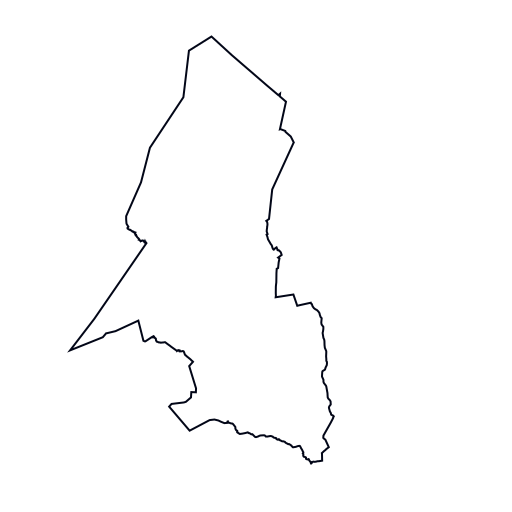 outline of Bergeijk, Noord-Brabant, Netherlands, rotated 112°
{"feature_id": "6326949B35085344325863", "entity_name": "Bergeijk", "entity_type": "district", "adm_level": 2, "iso_a3": "NLD", "parent_name": "Netherlands", "parent_adm1": "Noord-Brabant", "projection": "equal_earth", "projection_center": [5.381, 51.323], "detail": "fine", "context": "isolated", "style": "outline", "palette": "ink", "viewbox_px": 512, "rotation_deg": 112, "n_neighbors": 0, "source": "geoboundaries", "source_scale": "gbopen_adm2", "svg_char_len": 5943}
<svg xmlns="http://www.w3.org/2000/svg" viewBox="0 0 512 512"><g transform="rotate(112 256 256)"><path d="M136.6,263.5L135.9,264.3L132.2,268.5L129.9,275.1L129.1,275.7L129.1,275.8L129.2,280.7L129.3,281.1L129.5,281.3L101.7,286.0L99.1,293.7L96.5,294.5L98.5,295.5L93.7,310.0L78.9,353.5L69.2,379.5L90.7,395.1L136.0,382.8L195.3,394.9L230.8,390.2L267.7,391.3L270.7,390.1L274.3,388.3L274.7,388.0L276.7,385.3L278.2,385.7L278.7,385.3L278.8,384.9L278.8,384.4L279.0,383.8L279.0,383.4L279.0,382.9L278.9,382.6L279.0,382.5L278.9,382.2L279.0,381.7L279.1,381.4L279.2,381.2L279.4,380.2L279.5,380.0L279.4,379.9L279.6,379.3L279.7,378.8L279.4,378.6L279.6,378.3L279.5,378.2L279.4,376.6L279.6,376.6L279.7,376.8L280.0,376.8L280.2,377.0L280.3,376.9L280.2,376.7L280.6,376.6L281.5,375.7L281.2,375.6L281.2,375.4L281.4,375.4L281.6,375.0L282.2,374.2L283.0,373.3L283.4,372.4L283.6,371.7L284.2,370.6L284.5,370.5L284.8,370.6L284.8,370.2L285.1,369.6L285.0,369.3L285.0,369.0L285.5,368.5L285.2,368.3L285.1,368.1L284.9,367.7L284.3,367.4L284.1,367.0L284.2,366.9L284.0,366.5L284.0,366.4L284.5,365.3L284.3,365.2L284.2,365.1L284.5,364.9L284.4,364.8L284.4,364.6L284.1,364.5L283.9,364.5L284.1,364.3L284.3,364.2L284.5,364.2L284.4,364.0L284.9,363.9L284.7,363.6L285.0,363.2L284.8,363.1L284.8,362.8L284.9,362.7L285.1,362.4L374.9,382.4L413.1,393.0L388.7,367.6L383.8,366.0L383.5,365.4L378.3,358.1L360.0,340.9L376.8,328.6L376.8,326.9L376.6,326.7L376.3,326.4L371.1,322.8L370.7,322.6L368.7,321.0L368.9,320.4L369.0,320.4L369.7,320.5L369.5,320.1L369.9,319.5L369.9,319.4L369.7,319.2L370.1,318.0L370.3,317.8L371.0,317.5L371.8,317.0L371.9,316.7L372.5,316.1L372.6,315.8L372.5,315.6L372.5,313.7L372.5,313.4L372.2,313.0L372.1,312.8L372.1,311.9L371.5,310.8L370.8,309.4L370.0,308.1L370.0,307.8L370.7,305.3L371.5,302.0L371.6,301.7L371.9,300.7L373.5,294.1L373.5,293.9L373.7,293.7L372.4,292.9L372.1,291.4L372.4,291.2L373.0,291.5L373.1,291.4L373.1,291.2L373.0,290.8L372.7,290.3L372.5,289.8L372.4,289.6L372.3,289.3L371.6,288.4L371.5,287.9L371.5,287.5L371.9,286.9L373.9,285.1L374.5,284.2L374.6,283.9L374.5,283.5L375.1,282.3L375.6,280.4L375.8,279.9L376.2,278.5L376.7,277.2L377.0,276.7L377.3,275.5L377.5,275.3L377.7,274.8L383.1,276.7L401.2,262.0L404.9,260.7L406.4,265.0L411.5,263.3L417.5,266.4L418.8,268.0L424.8,278.9L428.2,280.1L442.8,252.1L425.5,237.5L423.2,233.3L422.6,229.2L422.8,226.5L422.8,222.7L421.3,219.8L420.8,220.2L420.4,220.4L420.1,220.4L419.9,220.1L420.4,219.8L420.7,219.5L420.6,216.6L420.4,215.7L420.3,215.4L420.2,215.0L420.5,214.2L422.2,211.2L422.5,211.0L423.7,210.5L424.7,209.5L425.0,208.8L425.0,208.2L425.1,207.9L425.4,207.7L426.2,207.6L426.5,207.4L426.7,206.8L426.6,206.5L427.0,205.0L427.1,204.5L427.0,204.2L425.8,202.1L424.1,199.5L422.6,197.6L422.6,197.3L422.9,196.8L422.9,196.2L422.7,195.7L422.9,194.5L423.1,193.6L423.0,193.3L422.6,192.6L424.0,189.3L424.1,188.9L424.0,188.4L423.7,187.8L422.3,186.2L421.4,185.5L420.6,184.4L419.3,181.6L419.1,180.9L419.1,180.6L419.7,179.2L419.4,178.6L419.2,177.9L417.9,175.9L417.5,175.2L417.3,174.5L417.3,174.2L417.2,172.8L417.6,172.1L417.7,171.3L417.6,170.8L417.5,170.0L417.3,169.5L417.3,169.3L417.5,168.8L418.1,168.4L418.2,167.2L418.1,166.8L417.5,166.5L417.3,166.2L417.4,165.7L417.8,165.3L417.9,165.0L417.8,164.2L418.0,163.0L418.0,162.3L417.6,161.2L417.5,159.6L417.9,159.0L418.2,157.7L418.2,156.8L418.4,155.6L418.0,155.0L418.2,153.3L418.4,152.9L418.5,152.2L418.9,151.7L419.1,151.1L419.5,150.3L419.5,150.0L418.1,147.7L417.6,147.1L417.0,146.5L416.4,145.7L415.8,144.7L415.7,144.3L415.9,143.8L417.5,142.0L418.1,141.1L419.1,139.9L419.8,139.3L420.2,138.6L420.8,138.4L421.6,138.6L422.1,137.8L423.0,137.5L423.5,137.4L424.0,136.8L424.2,136.3L424.0,135.4L424.0,134.5L424.2,134.1L424.5,134.0L425.1,133.8L425.3,133.7L425.4,133.2L425.4,132.2L425.2,131.8L424.7,131.3L424.6,131.2L424.7,130.8L425.1,130.6L425.4,130.3L426.4,128.7L426.5,128.5L426.3,128.1L426.3,127.6L427.3,127.6L427.7,127.4L427.8,127.2L427.4,126.9L426.4,126.7L425.9,126.5L425.2,125.9L425.0,124.9L424.9,124.6L424.2,123.3L423.7,122.7L423.3,122.1L423.0,121.6L422.7,120.7L422.0,119.8L422.0,119.6L421.0,118.0L414.7,120.7L414.1,121.1L411.1,119.7L410.0,119.0L408.9,118.6L406.0,116.9L400.3,122.9L399.8,124.8L399.4,125.5L397.2,126.2L382.7,124.3L378.7,123.9L377.1,123.8L376.9,123.9L376.7,124.0L375.6,123.8L375.3,124.2L375.1,124.6L375.0,126.6L374.9,126.9L373.6,127.8L373.2,128.2L372.6,129.1L372.3,129.4L372.1,129.5L369.9,131.2L369.2,131.6L368.8,131.7L367.8,131.7L366.8,131.4L366.1,131.2L365.7,131.1L365.0,131.4L362.9,132.4L362.5,132.9L362.1,133.4L361.1,135.6L360.3,136.5L359.7,136.8L356.3,138.4L350.6,142.0L350.2,142.4L350.0,142.6L348.5,145.2L348.2,145.6L347.4,146.3L345.5,147.1L343.1,149.6L342.7,149.8L338.8,151.1L338.1,151.2L337.7,151.1L335.7,149.6L335.3,149.5L333.3,149.7L330.7,149.5L328.9,150.0L327.6,150.6L327.0,151.4L326.5,151.7L325.4,152.1L322.8,153.4L318.6,154.9L317.8,155.3L315.3,157.8L312.9,159.1L309.2,160.7L307.9,161.5L306.7,162.8L302.6,165.3L302.0,165.5L301.0,165.6L298.5,166.2L296.5,167.0L296.3,167.2L295.7,168.3L295.0,169.4L294.7,169.7L293.7,170.3L293.1,170.6L289.1,171.8L288.9,172.1L288.4,173.2L288.1,173.5L286.5,174.9L285.4,175.6L285.1,175.9L284.2,177.2L283.4,179.0L283.2,179.7L283.2,180.8L282.9,181.9L282.7,182.7L281.5,184.6L281.1,185.0L279.9,186.0L279.6,186.4L279.5,187.1L279.3,187.3L278.8,187.7L285.1,196.9L286.7,199.1L277.7,206.9L286.9,222.3L285.3,222.7L282.9,223.8L277.0,226.1L275.7,226.5L272.8,227.3L264.3,230.6L260.1,232.0L258.9,231.0L253.4,232.6L249.6,233.3L249.2,234.9L245.4,232.6L243.5,234.2L242.7,235.3L242.7,235.8L242.6,236.1L242.1,237.1L242.5,237.9L242.3,238.5L241.7,238.8L240.3,240.2L241.1,240.8L242.5,241.5L243.5,241.9L243.5,242.1L243.4,242.3L242.9,243.1L242.0,244.0L241.3,244.5L240.2,245.4L239.4,246.8L237.5,249.2L236.2,250.9L235.8,251.3L234.1,252.5L232.2,254.2L231.3,253.5L229.2,255.3L227.7,255.8L225.6,256.3L224.6,256.7L224.2,256.7L222.4,257.2L221.2,257.8L220.2,258.5L219.6,259.6L216.8,257.8L188.2,265.9L137.5,263.6L136.6,263.5Z" fill="none" stroke="#020617" stroke-width="2"/></g></svg>